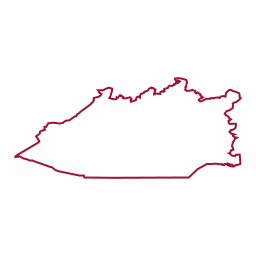 an SVG outline of Qaraghandy
{"feature_id": "KAZ-3203", "entity_name": "Qaraghandy", "entity_type": "Region", "adm_level": 1, "iso_a3": "KAZ", "parent_name": "Kazakhstan", "parent_adm1": "", "projection": "robinson", "projection_center": [73.067, 48.605], "detail": "fine", "context": "isolated", "style": "outline", "palette": "rose", "viewbox_px": 256, "rotation_deg": 0, "n_neighbors": 0, "source": "natural_earth", "source_scale": "10m", "svg_char_len": 3992}
<svg xmlns="http://www.w3.org/2000/svg" viewBox="0 0 256 256"><path d="M59.8,123.5L63.0,122.9L64.4,121.5L66.4,120.6L69.4,120.3L74.7,116.4L76.4,116.0L77.2,114.1L78.9,113.5L80.2,112.0L90.1,104.7L93.7,101.0L93.8,100.1L93.6,99.6L93.7,99.3L93.9,99.1L93.7,98.8L93.7,98.1L94.6,97.8L98.9,96.7L100.5,95.5L101.4,94.0L100.0,93.2L99.4,92.5L98.9,92.3L98.6,91.0L98.0,90.3L103.2,90.2L105.9,88.8L107.4,88.2L109.0,87.7L112.2,88.7L112.0,90.7L111.7,91.9L111.4,92.7L111.0,94.3L110.3,96.4L109.4,98.1L114.3,99.4L116.0,99.1L116.8,98.6L116.7,97.5L117.1,97.8L117.9,97.8L118.7,96.7L119.5,95.5L120.5,95.3L120.7,96.0L121.7,95.8L122.7,96.9L123.3,97.1L123.1,98.1L124.2,98.4L125.7,98.3L129.4,97.4L130.4,97.5L130.7,98.2L131.5,98.8L130.4,100.4L131.0,101.8L135.8,100.2L136.7,97.2L138.7,96.6L139.4,97.1L139.9,97.6L140.1,95.8L140.8,93.9L141.4,93.7L142.2,93.6L143.7,92.9L144.4,92.5L144.3,91.9L144.7,91.6L146.3,91.3L146.9,90.9L147.7,90.6L149.2,88.6L150.8,88.0L151.0,87.6L151.5,87.6L151.9,88.0L152.7,87.9L153.1,88.4L153.8,88.4L155.4,89.6L154.7,90.6L155.0,90.9L154.8,92.1L154.6,93.0L154.1,93.5L154.1,94.3L154.8,93.9L156.4,93.6L160.3,93.9L160.5,92.0L161.2,91.8L161.8,91.2L163.6,91.8L164.4,91.2L163.9,90.9L163.8,90.2L164.2,89.8L164.1,89.6L164.2,89.1L165.2,88.7L165.9,88.4L166.4,88.4L167.7,88.1L168.3,87.3L168.3,86.7L169.5,85.6L172.0,86.0L172.4,85.6L173.2,85.3L174.5,84.7L174.2,84.1L175.1,83.7L177.6,83.1L179.1,82.1L179.9,81.4L179.2,81.0L177.8,80.6L177.1,81.3L176.2,81.6L176.3,81.2L175.9,80.5L175.1,79.5L174.9,79.0L175.2,78.4L176.0,78.5L178.6,78.2L181.4,78.5L186.1,79.9L186.5,80.7L186.8,81.6L187.0,82.5L186.6,83.5L186.1,86.8L185.4,87.1L185.6,88.5L185.2,89.7L186.8,90.9L190.3,90.6L191.5,90.3L192.2,89.8L192.7,90.2L193.7,90.4L195.3,91.0L195.2,92.5L196.2,93.4L197.5,92.4L199.1,93.6L199.6,93.7L200.4,94.4L200.9,95.2L200.5,95.5L201.5,96.6L202.8,97.4L201.2,98.3L199.7,98.9L199.4,99.4L198.8,99.9L199.7,101.2L201.0,101.5L204.5,99.8L205.9,98.8L210.1,98.8L210.9,98.0L212.1,98.3L217.7,97.4L219.5,98.1L220.5,96.6L221.2,96.6L222.1,96.2L223.7,96.1L225.5,96.6L225.8,94.5L226.2,92.6L229.4,89.9L231.4,90.0L232.7,91.0L235.6,91.8L238.9,93.1L239.6,94.4L239.5,96.2L239.7,97.3L240.6,97.8L239.8,99.3L236.6,101.8L234.8,102.5L233.6,102.8L232.8,103.5L232.7,103.9L232.9,104.6L233.0,105.3L232.9,106.3L232.6,108.2L229.7,110.1L226.7,111.1L224.7,113.7L225.6,115.0L227.3,115.8L228.8,117.1L228.9,117.9L231.0,119.3L230.0,120.2L228.6,120.7L228.7,122.9L230.0,124.0L233.3,123.7L235.8,123.8L236.0,125.7L235.7,126.7L235.6,127.6L234.3,128.9L232.4,129.9L230.8,130.0L230.3,130.6L230.1,131.5L229.5,131.9L229.9,132.5L231.0,133.1L231.4,133.8L232.9,133.9L234.3,134.4L232.8,134.9L233.2,136.3L235.0,137.2L236.8,137.8L234.7,138.8L234.2,140.4L233.2,141.8L231.9,146.1L232.3,146.6L232.7,147.5L233.3,149.8L230.7,150.5L230.7,151.2L230.4,152.2L229.8,153.0L229.1,153.3L230.0,153.7L231.9,155.5L235.0,156.2L235.8,154.8L239.7,154.6L240.3,161.3L240.2,164.0L238.9,164.5L238.6,164.6L238.2,164.6L237.1,165.0L235.8,165.1L235.5,165.2L235.2,165.4L235.0,165.6L234.9,165.9L234.7,166.2L233.7,166.4L233.3,166.3L233.2,166.2L233.3,166.0L233.3,165.9L232.7,165.2L232.2,164.7L231.5,164.5L230.7,164.6L230.4,164.7L230.2,164.7L229.9,164.6L229.1,163.9L228.8,163.7L228.6,163.8L228.7,164.4L229.2,165.1L229.9,165.7L230.3,166.1L229.8,166.0L229.0,165.6L227.6,165.1L227.1,164.8L226.9,164.5L227.1,164.3L227.1,164.2L227.0,163.8L226.7,164.1L226.4,164.2L226.1,164.2L225.3,164.0L225.1,164.0L224.4,164.3L224.2,164.4L224.1,164.5L224.0,164.9L224.0,165.1L223.8,165.1L223.5,164.9L222.3,164.2L222.2,164.6L221.9,164.4L221.1,164.5L218.5,163.9L214.6,163.7L210.6,164.1L207.1,163.9L197.5,169.2L188.8,177.5L112.9,177.8L84.3,177.5L83.9,175.6L82.4,175.5L79.8,175.6L58.4,171.2L55.3,169.9L51.7,167.1L50.4,167.0L32.7,160.7L32.3,160.4L31.4,160.6L29.5,160.4L25.8,158.9L23.7,158.6L19.9,156.4L15.4,157.0L15.7,156.2L18.3,154.4L37.9,142.8L39.4,141.4L38.8,140.3L36.1,136.3L39.8,133.5L40.0,131.6L43.3,130.2L45.0,129.7L44.4,128.4L44.6,127.4L44.5,126.8L46.3,126.8L48.2,123.3L53.1,122.7L59.8,123.5Z" fill="none" stroke="#9f1239" stroke-width="2"/></svg>